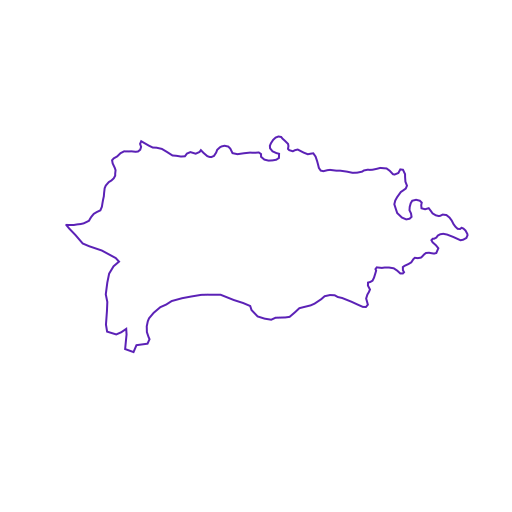 the district of Yelʹsk, Gomel, Belarus, rotated 23°
{"feature_id": "67162791B11100068414031", "entity_name": "Yelʹsk", "entity_type": "district", "adm_level": 2, "iso_a3": "BLR", "parent_name": "Belarus", "parent_adm1": "Gomel", "projection": "robinson", "projection_center": [28.959, 51.665], "detail": "fine", "context": "isolated", "style": "outline", "palette": "violet", "viewbox_px": 512, "rotation_deg": 23, "n_neighbors": 0, "source": "geoboundaries", "source_scale": "gbopen_adm2", "svg_char_len": 3713}
<svg xmlns="http://www.w3.org/2000/svg" viewBox="0 0 512 512"><g transform="rotate(23 256 256)"><path d="M69.3,301.6L73.3,303.7L81.5,307.2L91.6,312.2L98.6,312.2L111.9,311.2L127.7,312.7L132.1,314.7L128.9,321.1L127.7,329.6L129.5,338.5L132.7,350.0L137.1,356.4L140.3,364.9L144.7,377.8L148.5,383.8L158.0,382.8L161.8,378.8L165.0,373.8L167.5,378.8L170.0,386.8L171.9,392.8L180.8,392.3L180.8,384.8L190.4,379.1L190.5,374.2L188.6,372.4L185.3,368.7L182.9,363.4L181.9,358.3L181.9,355.1L184.0,348.3L187.9,340.5L192.3,335.8L196.0,330.4L204.5,323.7L212.2,318.6L220.7,313.2L226.4,310.6L238.6,305.5L252.7,305.2L262.5,304.3L270.2,304.3L273.0,307.5L281.1,311.0L288.4,310.3L294.9,308.7L298.1,305.2L307.0,301.1L310.7,298.9L313.9,292.5L316.3,287.1L319.6,284.6L325.6,280.1L328.5,277.0L332.9,270.3L334.9,266.2L339.4,263.0L343.8,261.4L347.3,261.8L351.7,261.0L361.8,260.8L368.3,261.0L374.2,261.1L377.1,260.0L378.0,257.1L376.0,254.6L374.0,252.1L373.6,248.0L374.0,245.0L374.0,242.3L370.6,239.5L369.5,236.7L371.3,235.3L372.9,233.2L373.1,229.8L372.7,225.9L372.3,222.5L371.1,221.4L371.6,219.3L376.5,217.8L379.0,216.3L383.1,214.6L387.6,213.5L391.7,214.3L395.7,215.7L398.0,214.7L398.6,213.1L396.8,211.7L395.5,208.8L396.6,207.0L399.5,203.8L401.4,201.2L402.1,197.4L402.9,195.6L405.7,194.8L408.4,193.1L409.0,192.0L410.2,188.7L411.3,186.8L414.0,185.4L416.3,184.9L419.0,184.2L420.8,182.8L420.8,181.0L420.8,177.6L417.4,175.8L413.2,174.4L411.3,172.9L411.9,171.1L413.2,170.5L414.8,168.6L415.4,166.1L417.1,164.0L419.7,162.4L423.6,161.6L430.2,161.4L438.1,161.6L440.3,160.1L442.6,157.2L442.6,154.2L441.9,153.1L438.9,150.7L436.2,149.7L434.2,149.7L433.3,151.4L431.0,152.2L428.1,151.1L425.4,149.5L422.3,146.9L419.1,145.0L415.3,143.9L411.7,144.9L409.9,147.0L408.7,147.8L405.6,148.3L401.9,147.8L399.3,146.2L396.3,144.5L393.4,146.9L389.7,147.4L388.2,144.6L387.7,142.1L385.2,141.1L381.4,141.7L378.2,144.1L377.8,147.0L378.3,150.7L379.4,153.9L382.1,156.3L383.9,159.2L382.8,161.7L380.0,163.6L375.3,163.6L369.2,161.3L366.1,157.8L363.1,154.3L362.5,150.5L362.9,146.7L364.3,140.5L365.8,138.2L367.5,135.4L367.5,132.3L364.5,129.2L362.5,125.3L361.2,122.4L357.6,119.2L355.0,119.9L354.6,124.0L351.7,126.9L350.1,127.2L345.8,125.3L342.0,124.4L335.9,126.4L333.2,128.5L329.5,131.1L326.8,132.4L325.3,132.8L321.9,135.1L320.7,136.9L316.5,139.8L312.4,141.7L306.8,142.8L300.0,144.6L296.8,146.0L290.5,147.8L288.2,149.1L284.9,151.6L282.2,152.1L279.5,150.4L277.4,147.6L275.2,144.8L272.0,141.2L268.6,139.1L266.6,140.3L263.9,142.1L259.4,142.2L252.8,141.7L250.5,143.4L249.0,145.2L245.2,145.6L243.6,144.9L242.9,142.1L241.7,140.3L237.7,138.7L234.5,137.6L232.7,136.6L230.0,137.2L227.8,139.3L226.4,142.4L225.7,146.4L225.7,149.1L226.9,151.4L230.3,153.2L234.6,153.3L237.3,152.9L238.8,156.8L237.0,159.5L233.9,161.5L230.3,163.3L226.0,164.0L221.9,162.7L220.8,160.2L218.1,159.6L215.1,161.2L212.5,162.3L210.2,163.1L204.8,166.1L199.2,169.5L194.2,170.5L190.4,167.2L187.7,166.1L184.0,166.8L181.5,168.6L180.4,169.9L178.8,173.4L178.9,176.4L178.2,180.3L176.2,182.4L174.4,183.0L172.1,183.1L167.4,181.6L163.9,180.1L163.4,182.3L160.5,185.4L155.0,186.0L152.4,188.7L151.6,192.0L148.0,193.8L143.8,194.8L139.8,196.1L133.3,195.0L127.5,194.2L122.0,195.2L118.6,196.5L114.4,196.3L108.7,195.6L105.5,195.2L105.5,198.1L107.6,200.4L107.9,203.4L106.6,205.9L104.5,207.1L100.5,208.3L97.7,209.6L93.7,211.2L91.1,214.3L89.3,218.6L86.9,221.7L86.1,224.1L87.9,226.8L91.6,230.1L93.2,231.9L94.2,235.2L95.0,237.1L94.7,240.1L93.4,243.0L91.6,245.5L90.2,249.8L90.2,252.7L91.5,257.2L92.6,260.5L93.3,264.2L94.1,267.7L94.9,270.9L94.9,274.8L92.3,277.7L90.2,280.6L89.1,284.3L88.7,286.8L88.5,288.8L87.0,290.6L84.6,293.3L82.1,295.1L79.2,296.7L76.1,298.7L70.8,300.9L69.3,301.5L69.3,301.6Z" fill="none" stroke="#5b21b6" stroke-width="2"/></g></svg>